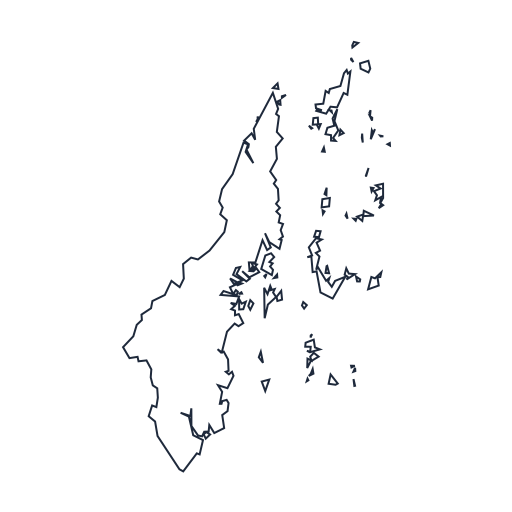 Kawthoung, Tanintharyi, Myanmar (Robinson projection), rotated 183°
{"feature_id": "60261553B98033082841224", "entity_name": "Kawthoung", "entity_type": "district", "adm_level": 2, "iso_a3": "MMR", "parent_name": "Myanmar", "parent_adm1": "Tanintharyi", "projection": "robinson", "projection_center": [98.408, 10.778], "detail": "fine", "context": "isolated", "style": "outline", "palette": "slate", "viewbox_px": 512, "rotation_deg": 183, "n_neighbors": 0, "source": "geoboundaries", "source_scale": "gbopen_adm2", "svg_char_len": 6199}
<svg xmlns="http://www.w3.org/2000/svg" viewBox="0 0 512 512"><g transform="rotate(183 256 256)"><path d="M384.0,158.0L377.0,147.4L369.0,149.1L367.8,144.7L359.9,146.0L354.6,137.3L354.8,129.3L352.3,121.4L347.7,118.7L346.6,109.4L347.6,99.9L351.9,101.3L354.8,90.4L348.1,85.4L344.9,71.1L321.3,39.0L317.4,37.1L304.8,55.8L301.9,54.9L299.3,69.4L309.3,73.7L314.6,92.1L323.1,95.5L313.2,92.8L312.6,100.5L311.6,82.9L304.5,73.7L300.4,73.1L298.5,77.8L294.1,78.2L293.8,84.8L288.4,77.0L278.8,82.5L281.4,95.4L276.3,99.6L275.7,107.7L277.8,110.8L282.1,109.3L282.7,106.6L284.4,106.5L282.7,118.6L287.2,125.0L277.6,122.5L272.2,135.2L273.9,139.1L276.9,136.4L280.1,138.8L277.4,139.9L278.5,151.3L283.2,158.8L285.8,157.7L289.5,160.9L285.1,158.0L281.0,178.9L273.8,187.4L269.8,185.0L265.2,188.3L270.2,197.1L273.9,195.7L274.1,200.4L278.0,201.6L274.4,205.2L278.8,207.8L273.1,207.1L270.7,214.7L289.3,215.3L286.6,219.3L276.7,216.7L280.4,223.4L275.8,225.8L280.7,232.2L273.1,228.7L268.2,231.0L277.9,236.0L275.4,243.0L271.2,244.2L274.5,236.9L264.3,230.1L261.0,233.0L269.0,240.1L261.5,234.4L251.9,240.0L254.9,243.8L257.7,240.6L261.6,240.7L262.8,249.2L256.3,249.5L250.3,272.1L245.2,262.5L241.7,265.3L248.2,279.2L243.5,270.6L232.9,264.4L231.2,273.3L233.4,273.9L230.1,276.8L232.7,283.1L230.7,289.4L235.1,290.7L234.0,298.0L238.0,301.5L234.7,305.3L238.7,309.2L236.3,312.8L237.6,324.2L242.0,329.2L239.8,332.9L246.3,341.2L240.2,354.1L241.9,366.1L235.5,374.8L241.7,381.0L240.4,396.8L243.4,398.9L241.6,404.1L247.7,419.8L264.9,382.9L262.9,372.0L266.8,378.3L273.9,370.6L269.0,367.3L269.3,364.3L271.1,361.8L263.5,348.6L271.8,359.4L269.8,367.1L274.4,368.5L283.6,336.5L293.4,321.0L295.7,308.5L291.8,302.6L293.9,295.8L287.0,290.2L288.9,278.2L302.7,259.0L313.8,249.5L320.7,251.0L328.4,244.1L326.9,229.6L330.6,220.9L339.1,226.7L345.0,212.3L357.1,205.6L358.1,198.3L367.3,191.5L366.6,186.1L371.5,181.0L374.3,169.4L384.0,158.0ZM189.7,223.0L177.2,217.5L165.8,239.9L175.7,235.3L178.7,229.2L182.6,233.9L181.6,237.9L184.7,234.9L193.4,247.8L195.2,245.5L192.6,258.8L196.4,262.2L192.3,264.7L196.2,272.5L191.2,275.9L197.0,276.9L203.7,267.4L200.0,259.5L204.7,257.5L200.7,258.4L198.6,242.9L194.7,243.8L189.7,223.0ZM203.4,404.1L193.4,401.8L189.4,409.0L182.8,408.7L177.0,423.4L173.2,421.8L171.4,445.2L173.8,443.0L175.2,446.5L177.7,443.1L180.6,430.2L191.0,426.6L191.9,422.6L195.1,424.5L196.8,411.6L204.5,410.4L203.8,406.7L197.8,405.0L202.8,405.2L203.4,404.1ZM246.2,224.7L244.1,194.3L241.6,208.1L233.8,216.1L237.0,220.4L235.6,224.0L240.0,222.5L239.0,224.3L240.2,226.9L242.5,218.5L246.2,224.7ZM239.2,237.8L238.3,243.1L241.4,246.3L239.0,249.5L242.3,250.7L237.8,255.9L241.1,259.5L246.7,257.0L250.1,243.3L239.2,237.8ZM187.1,375.2L182.5,375.1L185.2,377.9L180.4,385.7L184.7,394.8L182.5,406.9L186.7,397.3L184.6,390.2L191.4,387.8L193.0,381.3L187.4,380.6L187.1,375.2ZM142.3,228.6L131.9,232.9L133.6,241.1L130.8,241.5L130.0,246.3L136.0,239.9L139.7,241.1L142.3,228.6ZM134.2,321.4L135.0,314.7L132.1,320.5L132.9,334.8L140.0,332.8L135.1,329.9L141.6,326.9L138.4,323.0L139.8,317.9L134.2,321.4ZM161.3,448.5L153.3,445.2L151.7,449.1L154.0,456.8L162.2,453.8L161.3,448.5ZM197.2,162.7L187.3,166.1L192.4,167.8L194.0,175.5L201.9,172.0L202.1,168.0L196.6,168.2L196.9,163.2L200.2,164.0L197.2,162.7ZM199.0,146.8L196.0,153.5L188.2,158.8L193.2,162.3L196.6,158.3L195.2,154.5L199.2,156.2L199.0,146.8ZM157.1,300.6L151.7,296.6L151.2,301.4L140.4,302.6L150.7,306.8L150.9,303.1L157.1,300.6ZM193.0,308.0L185.6,309.4L185.3,317.8L192.7,316.2L193.0,308.0ZM270.0,201.7L265.9,202.2L263.8,209.8L267.8,207.7L270.6,212.1L270.0,201.7ZM163.0,239.7L164.3,237.3L156.2,243.1L162.4,243.3L165.2,248.4L166.5,242.0L163.0,239.7ZM176.8,132.2L169.8,131.6L167.7,132.9L175.3,141.6L176.8,132.2ZM199.9,386.5L198.3,391.1L200.8,390.8L201.5,397.4L205.9,396.7L206.2,390.1L202.3,390.6L199.9,386.5ZM232.3,212.2L227.7,213.8L229.0,222.5L233.3,216.3L232.3,212.2ZM243.7,130.9L239.7,121.6L236.3,133.3L243.7,130.9ZM258.9,202.0L256.1,208.5L259.4,211.6L261.1,205.7L258.9,202.0ZM246.2,160.6L247.9,155.0L243.4,149.7L246.2,160.6ZM299.0,75.3L296.6,71.0L292.5,75.4L296.3,77.5L299.0,75.3ZM247.9,424.6L242.3,424.0L243.5,429.5L247.9,424.6ZM199.0,278.3L194.1,278.2L192.8,284.1L197.3,284.3L199.0,278.3ZM205.2,206.0L202.7,209.6L206.4,212.5L207.5,209.0L205.2,206.0ZM146.9,387.7L147.5,378.6L143.8,388.9L145.5,385.2L146.9,387.7ZM260.1,249.0L257.5,243.7L254.6,247.6L260.1,249.0ZM273.3,215.6L272.3,219.4L274.3,220.9L276.5,217.3L273.3,215.6ZM169.5,474.9L170.9,471.3L170.6,469.3L165.1,474.1L169.5,474.9ZM152.2,138.2L151.0,131.4L150.3,131.6L152.2,138.2ZM197.0,139.0L192.5,141.5L193.5,146.1L195.2,141.1L197.0,139.0ZM178.3,386.6L179.0,381.0L174.9,383.3L178.3,386.6ZM185.7,242.7L182.1,242.6L184.4,249.9L185.0,249.5L185.7,242.7ZM156.4,383.8L156.5,379.6L155.3,374.9L156.4,383.8ZM242.8,411.3L240.9,408.5L239.4,408.3L240.0,412.9L242.8,411.3ZM259.0,245.0L261.2,241.6L257.5,242.9L259.0,245.0ZM148.2,349.8L150.5,341.9L150.3,341.1L148.2,349.8ZM238.4,415.3L234.5,418.4L238.5,416.9L238.4,415.3ZM133.5,314.6L135.9,310.2L131.7,313.4L133.5,314.6ZM195.5,363.8L192.8,363.7L193.9,367.9L195.5,363.8ZM142.2,330.0L144.9,330.3L143.9,326.5L142.2,330.0ZM275.3,227.6L272.9,225.8L268.6,227.8L269.8,228.2L275.3,227.6ZM155.0,240.7L153.7,235.9L151.0,236.0L150.7,238.1L155.0,240.7ZM171.3,457.0L168.9,454.8L171.4,458.8L171.3,457.0ZM190.8,321.5L188.9,320.4L189.0,327.9L190.8,321.5ZM261.7,395.4L261.5,392.8L262.9,389.9L260.5,393.1L261.7,395.4ZM149.5,401.5L147.2,397.3L147.2,400.2L149.5,401.5ZM191.9,305.1L191.3,301.5L189.9,304.1L191.9,305.1ZM157.7,298.4L160.5,298.4L158.3,296.4L157.7,298.4ZM198.1,136.2L198.8,133.5L197.2,134.6L198.1,136.2ZM152.7,145.5L150.8,146.3L151.2,149.5L152.7,145.5ZM271.3,217.3L268.0,217.7L268.7,219.0L271.3,217.3ZM210.0,388.9L207.5,386.0L206.6,386.6L210.0,388.9ZM189.9,405.3L187.8,403.5L188.2,405.2L189.9,405.3ZM236.9,234.9L233.6,235.7L234.0,238.6L236.9,234.9ZM244.5,238.5L246.7,236.4L245.7,235.2L244.5,238.5ZM197.2,177.4L196.8,178.8L195.8,180.8L197.2,179.5L197.2,177.4ZM130.5,374.5L128.0,373.3L128.3,375.8L130.5,374.5ZM154.8,149.7L151.6,151.5L155.3,151.4L154.8,149.7ZM167.9,303.0L168.7,301.0L166.5,298.1L167.9,303.0ZM149.2,407.6L150.3,404.9L149.4,403.2L149.2,407.6ZM138.4,382.7L137.7,381.9L135.1,382.2L138.4,382.7Z" fill="none" stroke="#1e293b" stroke-width="2"/></g></svg>